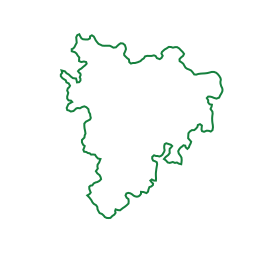 outline of Pavão, Minas Gerais, Brazil, rotated 288°
{"feature_id": "56859067B53491956407625", "entity_name": "Pavão", "entity_type": "district", "adm_level": 2, "iso_a3": "BRA", "parent_name": "Brazil", "parent_adm1": "Minas Gerais", "projection": "orthographic", "projection_center": [-41.066, -17.465], "detail": "fine", "context": "isolated", "style": "outline", "palette": "green", "viewbox_px": 256, "rotation_deg": 288, "n_neighbors": 0, "source": "geoboundaries", "source_scale": "gbopen_adm2", "svg_char_len": 4620}
<svg xmlns="http://www.w3.org/2000/svg" viewBox="0 0 256 256"><g transform="rotate(288 128 128)"><path d="M202.1,52.7L200.7,51.1L198.3,50.7L195.5,51.9L193.2,52.9L191.3,52.5L188.5,52.1L186.8,51.4L185.6,50.1L183.6,50.8L183.7,54.0L182.9,56.0L181.3,57.8L180.0,59.9L178.4,60.2L176.5,60.8L176.3,63.2L177.6,65.5L177.8,67.8L176.4,68.8L174.4,67.9L172.5,66.6L170.1,65.2L168.5,63.7L166.6,62.9L165.6,64.2L165.1,65.8L163.8,66.6L161.4,66.4L160.1,67.6L158.4,68.1L156.5,67.4L155.6,65.4L157.2,64.5L159.0,63.3L158.4,60.2L159.2,57.9L160.6,55.1L161.1,52.6L162.4,50.5L162.2,47.0L160.2,48.4L158.1,47.6L156.5,48.1L155.1,50.3L154.6,52.1L154.1,54.1L152.4,55.3L152.1,57.8L150.3,59.8L148.4,59.4L147.1,58.5L144.8,58.6L143.0,60.3L141.0,60.4L139.3,60.4L137.2,61.1L135.9,62.9L136.4,65.4L135.5,66.9L133.9,65.4L132.1,63.9L129.9,63.7L128.1,63.5L126.3,64.7L126.4,66.4L126.0,68.5L127.3,70.9L129.1,71.9L130.7,72.8L131.5,74.1L131.9,76.2L133.8,77.9L135.1,79.8L134.9,82.0L133.7,84.5L131.2,85.8L129.5,87.7L128.0,88.3L126.1,89.5L124.4,89.3L122.9,87.9L121.0,86.0L118.7,85.1L116.3,85.9L114.2,86.8L111.8,88.2L109.5,89.3L107.7,89.1L105.4,89.5L103.9,88.7L102.4,87.9L100.2,88.6L98.2,90.5L97.5,92.4L95.9,92.4L93.5,92.2L91.9,93.6L92.3,95.7L91.8,97.6L92.1,99.4L91.3,101.1L92.0,102.9L92.4,104.9L90.9,106.7L89.7,108.9L90.0,111.4L88.4,111.3L86.2,111.2L83.8,110.4L81.9,110.8L80.1,111.8L78.6,111.3L77.0,110.8L75.4,112.8L74.4,115.5L72.7,117.2L71.0,118.2L68.9,117.2L67.1,115.5L66.2,114.0L64.7,112.5L62.4,111.8L61.6,110.1L60.1,109.3L58.0,110.1L56.4,111.4L55.1,112.5L53.2,111.8L51.3,110.1L49.9,112.8L48.0,115.5L46.3,117.2L45.3,118.9L44.7,121.6L43.4,123.2L41.2,124.2L39.6,125.8L38.3,127.3L38.2,129.8L37.2,132.0L36.2,133.4L35.9,135.5L36.3,137.2L37.1,139.1L39.5,140.3L41.4,141.8L43.5,142.4L45.1,141.4L46.8,141.4L46.8,143.7L47.3,145.9L49.3,147.2L50.6,148.1L51.8,149.1L53.9,150.5L56.3,151.8L58.5,151.3L60.5,150.4L61.3,148.2L63.1,146.5L65.2,146.7L66.4,148.3L66.6,150.4L66.2,152.3L65.4,154.3L65.2,156.0L65.4,157.7L66.3,159.2L67.6,160.1L69.4,160.7L71.3,160.1L71.9,162.6L71.8,165.7L73.6,166.7L75.8,166.5L78.4,166.6L79.6,168.2L81.4,169.3L82.9,169.0L83.8,167.1L84.9,165.5L86.4,166.5L86.0,169.0L86.6,170.8L88.8,170.2L91.1,169.3L93.5,168.5L95.3,168.1L97.9,167.6L100.5,167.2L102.6,166.9L104.3,166.0L104.7,164.3L104.8,161.9L106.3,160.5L108.1,160.0L110.1,161.2L110.0,163.1L110.5,164.8L110.6,166.7L111.7,168.0L113.2,169.0L114.8,169.3L116.5,169.7L118.2,169.7L120.0,168.7L122.1,168.0L124.0,167.9L125.3,169.1L125.3,171.4L125.3,174.0L124.5,175.6L122.8,175.0L121.2,174.1L119.3,174.5L117.1,175.4L114.7,174.6L112.1,172.8L109.6,171.8L108.9,174.1L107.5,176.4L107.7,178.5L109.5,181.1L109.3,183.4L110.3,185.2L109.8,187.3L110.0,189.8L111.8,189.5L114.0,189.0L116.4,188.0L117.9,186.3L119.4,184.2L121.5,182.9L123.7,183.3L125.7,184.1L127.0,185.1L128.7,186.1L128.9,187.9L127.4,188.9L126.5,190.9L128.4,191.9L130.4,191.9L132.5,192.3L134.5,192.3L135.6,190.5L136.8,188.4L138.9,187.8L141.7,187.1L143.8,187.9L145.7,189.4L146.5,191.7L148.5,192.9L150.5,193.7L152.4,193.5L153.9,195.3L153.2,197.5L150.9,198.0L149.2,198.4L147.9,199.4L147.9,201.5L149.8,203.7L150.3,205.9L150.2,207.8L152.1,209.0L154.9,208.6L157.1,207.7L159.0,206.7L160.8,205.9L163.3,205.0L165.8,204.4L167.7,204.1L169.7,203.2L171.6,200.6L174.1,200.9L176.1,200.6L175.8,198.2L177.1,196.3L179.2,195.7L180.8,193.7L182.6,194.5L183.2,196.3L183.4,198.2L183.2,200.6L183.3,203.1L185.1,205.3L187.6,205.6L189.7,206.1L191.9,206.4L193.5,206.1L195.0,205.3L196.5,203.8L198.7,202.3L200.5,201.6L202.5,201.4L204.0,200.6L205.7,198.7L207.0,196.7L207.8,194.8L207.9,192.4L207.2,190.3L206.0,188.5L204.7,186.4L203.7,184.2L203.0,182.4L202.2,180.4L201.2,178.3L199.8,176.3L199.4,174.4L200.4,173.1L201.4,171.6L202.2,170.2L202.5,167.9L202.6,165.8L203.2,164.0L204.7,162.3L206.2,160.7L207.0,158.6L207.5,156.5L209.3,155.7L211.4,156.6L213.6,158.1L215.8,158.4L217.1,156.7L218.3,154.3L219.5,152.1L220.1,149.7L219.4,147.7L218.3,145.9L218.3,143.8L217.7,141.7L215.7,140.2L214.0,138.6L212.3,137.6L210.8,136.8L209.1,136.8L207.4,138.7L205.0,138.2L203.3,136.9L203.4,133.9L205.0,132.0L205.1,130.2L203.9,128.3L203.1,126.0L202.6,124.1L201.4,122.1L199.0,121.5L197.5,120.2L195.5,119.2L193.6,117.0L192.0,114.6L191.2,112.3L190.2,110.9L191.0,108.9L193.5,107.7L194.2,105.6L195.1,103.8L196.0,102.0L197.5,101.3L199.7,101.6L202.4,101.7L203.9,100.9L205.9,99.4L206.8,97.0L206.3,94.8L204.6,93.5L202.6,92.4L201.0,91.6L199.9,89.3L200.4,86.9L200.6,85.2L200.0,83.3L199.4,81.6L198.9,80.1L198.4,78.1L198.7,76.1L198.9,74.0L200.0,72.2L201.4,70.2L203.0,68.7L204.4,67.2L205.0,65.0L203.4,63.6L201.4,64.1L199.8,62.5L199.0,60.0L198.5,57.7L198.9,56.0L200.5,54.2L202.1,52.7Z" fill="none" stroke="#15803d" stroke-width="2"/></g></svg>